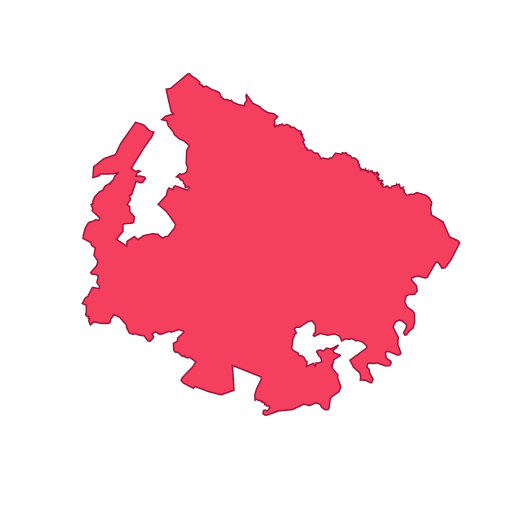 Apaxtla, Guerrero, Mexico (Mercator projection), rotated 292°
{"feature_id": "50627088B3794294637731", "entity_name": "Apaxtla", "entity_type": "district", "adm_level": 2, "iso_a3": "MEX", "parent_name": "Mexico", "parent_adm1": "Guerrero", "projection": "mercator", "projection_center": [-99.977, 18.094], "detail": "fine", "context": "isolated", "style": "filled", "palette": "rose", "viewbox_px": 512, "rotation_deg": 292, "n_neighbors": 0, "source": "geoboundaries", "source_scale": "gbopen_adm2", "svg_char_len": 6123}
<svg xmlns="http://www.w3.org/2000/svg" viewBox="0 0 512 512"><g transform="rotate(292 256 256)"><path d="M347.1,117.4L347.9,122.7L344.0,125.7L340.0,133.0L338.0,134.7L335.8,141.2L335.8,145.9L333.7,151.9L332.6,152.8L328.1,152.1L315.6,156.6L312.4,159.6L307.4,160.2L303.4,156.3L303.9,154.7L299.6,152.5L300.0,155.6L298.3,157.3L298.8,159.7L296.0,162.0L295.7,163.8L294.3,163.8L292.9,165.1L295.1,167.6L294.0,169.0L291.3,167.7L290.8,154.7L289.7,153.9L286.6,154.1L286.4,149.8L283.2,149.4L278.6,150.2L267.3,145.9L263.6,156.6L255.2,169.5L251.8,170.0L241.1,166.9L240.1,164.6L237.5,162.8L239.3,156.5L237.9,151.8L232.8,144.1L226.9,140.4L228.5,135.9L221.2,130.9L216.7,132.5L219.2,120.4L229.2,123.4L235.1,120.9L236.5,121.7L240.2,129.1L241.6,130.0L246.8,128.6L249.9,122.4L254.5,120.4L255.3,117.2L261.3,118.6L264.7,116.0L266.2,117.8L280.3,116.8L280.6,121.2L281.7,123.3L286.6,124.4L287.4,123.1L286.8,118.6L285.0,114.7L288.8,114.8L291.2,116.9L291.1,114.6L289.9,113.9L289.3,111.3L290.7,107.5L315.0,111.7L327.4,114.7L332.5,114.9L332.2,110.4L335.5,102.9L334.9,94.3L309.7,88.5L297.4,87.7L289.3,78.5L277.8,72.1L267.6,75.4L271.4,80.2L273.8,81.2L278.8,93.3L282.4,97.4L276.8,95.1L273.5,95.2L269.0,93.3L268.4,93.9L267.6,92.4L263.7,89.6L259.9,89.5L256.6,86.6L250.3,84.3L245.3,84.2L243.8,85.4L242.0,83.7L238.4,87.2L236.6,87.1L233.1,96.2L231.7,97.2L229.9,96.5L229.6,93.7L226.5,91.3L225.1,88.9L222.9,87.9L218.1,87.2L210.7,88.1L207.5,89.0L206.6,97.7L204.2,99.6L203.2,104.0L196.0,105.5L191.9,111.4L187.3,111.9L178.7,108.9L177.7,110.8L179.0,115.1L178.0,117.4L171.9,118.3L169.1,122.4L167.0,122.7L165.6,116.1L155.4,115.2L153.3,113.5L146.8,112.7L146.8,117.1L140.3,119.7L137.9,119.8L136.8,121.5L137.3,123.7L135.3,123.9L135.3,125.2L133.6,125.0L130.6,127.6L130.2,128.5L134.1,130.1L135.7,138.3L138.3,144.6L139.7,145.6L143.6,145.1L148.4,146.4L148.1,152.6L143.5,161.6L141.1,162.9L137.2,167.4L137.2,170.8L139.1,174.2L138.7,176.1L140.0,182.4L136.9,187.3L137.2,189.7L141.1,191.3L143.2,191.1L144.2,189.3L145.3,189.1L147.6,190.8L148.2,192.7L147.2,194.9L148.1,197.7L153.0,202.9L153.8,204.2L153.5,205.8L158.8,212.0L159.2,216.7L158.1,217.6L150.7,214.2L147.3,214.9L144.1,212.1L137.8,215.0L136.6,217.1L137.5,219.8L135.5,224.7L135.6,226.0L136.9,227.0L135.7,228.1L136.1,231.3L137.3,232.5L135.3,240.0L129.2,238.7L115.4,233.2L112.6,233.1L111.0,236.4L109.9,247.4L112.2,248.6L112.5,262.8L114.2,275.6L123.3,285.9L145.7,275.1L145.8,305.8L144.2,307.1L133.3,306.3L126.9,306.9L123.3,308.5L122.0,309.2L123.3,309.9L123.1,313.1L123.8,314.0L122.9,315.9L123.6,316.2L122.8,316.9L122.9,319.2L121.4,319.8L122.2,320.9L120.9,322.4L121.9,323.5L120.5,325.8L116.6,324.6L116.6,322.2L115.7,320.9L112.4,321.6L111.8,323.7L112.7,325.9L120.8,335.0L127.3,347.4L136.6,355.8L137.3,361.6L142.4,366.7L142.6,370.9L140.4,373.5L139.6,376.1L139.5,378.2L140.6,380.4L142.6,380.6L151.4,378.3L154.2,379.1L161.2,383.7L166.5,383.7L173.6,377.2L176.5,376.4L180.0,369.6L181.7,367.8L183.1,368.0L183.3,367.0L186.2,367.7L188.9,366.8L195.1,371.4L195.6,371.2L195.5,364.7L197.4,362.6L201.0,365.0L204.4,365.8L198.0,360.4L197.0,356.0L192.9,353.9L193.0,350.9L191.3,348.4L189.9,348.0L186.8,351.9L186.4,353.8L182.6,356.6L180.2,354.0L179.4,351.7L176.2,352.3L176.6,350.7L178.1,349.9L177.7,349.0L172.5,344.1L177.1,343.0L177.5,341.3L179.9,338.5L180.5,336.0L179.9,333.0L181.8,331.3L182.4,325.6L184.0,323.5L194.2,321.1L196.3,321.7L197.9,320.7L198.7,322.1L200.1,322.0L202.6,318.7L204.9,319.9L206.2,323.0L214.3,328.5L217.0,332.0L214.3,336.9L207.2,339.8L205.6,338.8L203.7,338.9L203.4,340.3L208.2,344.5L209.4,352.1L213.2,358.1L213.0,363.6L209.3,367.3L212.7,369.9L213.6,373.8L215.3,375.7L214.8,380.8L215.9,382.1L216.2,387.2L214.1,392.3L212.3,393.2L194.5,382.1L189.2,388.4L186.5,396.0L183.4,398.2L180.0,399.2L181.8,403.8L181.4,410.0L182.1,410.7L185.5,410.8L190.0,405.4L193.5,403.1L194.7,400.4L197.9,399.9L199.0,400.8L200.4,405.6L202.2,408.0L202.6,417.2L203.9,420.3L205.2,421.3L207.8,421.3L209.0,420.1L210.2,415.0L214.6,412.3L216.2,412.8L217.2,415.4L217.1,424.1L218.1,426.0L220.0,426.8L227.5,420.4L233.9,418.4L241.4,409.7L247.2,410.0L250.3,412.8L250.3,416.9L248.5,421.5L245.5,422.2L240.2,421.6L238.4,423.7L239.3,425.1L244.4,426.4L247.9,428.6L254.4,427.8L262.2,424.4L263.9,421.3L265.4,415.0L269.7,410.8L275.0,410.3L277.3,411.9L279.9,417.3L283.9,418.6L288.5,416.0L291.9,409.3L294.3,408.7L298.2,413.8L298.9,420.9L300.4,422.8L316.9,425.0L318.3,425.9L318.3,427.5L314.3,433.0L316.1,435.9L325.8,438.2L344.6,439.9L345.9,437.2L346.2,428.3L357.7,416.6L359.8,403.3L365.7,399.9L371.3,399.0L374.8,394.7L375.9,390.9L375.1,381.3L372.3,379.2L371.2,376.1L368.6,373.2L370.7,369.4L372.5,368.9L373.0,366.8L374.9,366.8L372.8,364.7L376.1,361.9L375.2,361.3L375.4,359.4L374.0,359.6L371.8,356.1L369.3,355.0L370.0,350.8L368.0,349.7L367.6,347.1L370.2,347.0L370.4,345.9L369.2,345.0L370.3,344.3L373.0,345.4L373.5,344.4L371.6,341.2L373.0,340.0L373.2,341.1L374.4,341.0L374.5,338.6L377.5,339.5L379.1,336.9L378.3,336.2L377.0,337.2L376.1,335.7L376.4,334.6L377.5,334.7L376.9,332.8L378.4,332.1L378.1,330.5L377.0,330.3L375.9,328.6L377.3,327.8L376.5,327.6L376.5,326.1L377.8,324.7L376.1,324.4L376.2,321.9L375.2,320.9L376.2,320.8L378.1,317.6L379.4,317.8L380.7,315.5L382.1,315.5L383.9,311.3L382.9,308.0L384.4,305.6L384.1,303.1L385.5,300.6L384.3,299.5L384.2,297.3L382.5,297.5L381.1,291.1L375.0,289.5L374.4,287.5L372.9,287.1L372.0,281.4L370.6,279.9L374.4,274.8L373.3,271.0L374.8,267.7L373.2,263.5L374.7,263.2L375.5,260.3L377.0,259.8L379.3,256.7L381.4,257.5L384.4,253.7L386.1,253.6L385.5,251.9L387.0,252.0L388.6,250.7L388.0,247.6L389.5,242.9L388.2,239.6L389.3,239.1L389.6,235.3L387.4,233.2L388.2,230.6L386.6,229.8L386.5,228.3L384.8,228.1L384.9,225.7L382.9,225.3L383.8,223.8L386.1,223.8L388.9,222.1L393.3,223.9L394.6,219.3L393.4,213.3L394.5,206.5L395.9,203.3L396.4,195.9L402.1,186.8L400.8,186.7L396.5,189.3L393.6,188.3L391.0,189.0L389.8,182.8L389.9,176.9L391.3,174.8L389.9,173.5L390.5,171.2L389.2,168.1L390.4,164.3L393.7,160.9L394.1,156.6L393.8,153.1L394.9,146.2L392.7,143.5L394.2,142.3L394.1,139.4L395.8,139.1L397.6,134.8L399.1,127.7L400.1,126.4L399.1,124.4L379.5,114.2L377.0,110.2L357.9,123.4L356.8,126.4L351.9,119.9L347.1,117.4Z" fill="#f43f5e" stroke="#9f1239" stroke-width="1.5"/></g></svg>